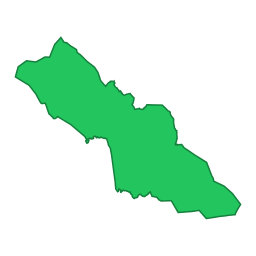 outline of Tolga nor, Hedmark, Norway
{"feature_id": "86288312B77330418137149", "entity_name": "Tolga nor", "entity_type": "district", "adm_level": 2, "iso_a3": "NOR", "parent_name": "Norway", "parent_adm1": "Hedmark", "projection": "albers", "projection_center": [11.024, 62.372], "detail": "fine", "context": "isolated", "style": "filled", "palette": "green", "viewbox_px": 256, "rotation_deg": 0, "n_neighbors": 0, "source": "geoboundaries", "source_scale": "gbopen_adm2", "svg_char_len": 5351}
<svg xmlns="http://www.w3.org/2000/svg" viewBox="0 0 256 256"><path d="M240.6,204.4L232.4,193.5L224.2,186.2L213.8,181.2L213.1,178.1L211.7,175.7L206.6,162.4L194.4,154.8L191.7,152.9L184.1,147.8L181.7,144.5L176.2,144.9L176.7,144.2L176.3,144.1L175.8,144.2L175.5,144.2L175.4,144.1L175.5,143.8L175.4,143.7L175.6,143.3L175.7,142.9L175.9,142.4L176.1,142.2L176.3,141.8L176.4,141.3L176.5,140.6L176.5,140.3L176.7,139.9L176.9,139.5L177.0,139.0L176.8,138.7L177.1,138.3L177.0,137.9L177.1,136.7L176.9,135.5L176.8,135.0L176.7,134.8L176.8,133.6L176.6,133.4L176.8,133.0L176.9,132.7L176.6,132.1L176.8,131.0L176.8,130.7L176.4,130.7L176.0,130.3L175.9,130.2L175.6,130.0L175.4,129.2L174.9,128.5L174.6,128.3L173.6,123.0L173.6,118.9L170.9,115.5L170.3,113.8L170.1,112.0L168.8,111.1L168.0,110.9L166.2,108.9L162.2,105.1L151.0,104.9L146.9,104.7L146.5,105.3L146.4,105.5L146.3,105.8L146.3,106.0L146.0,106.4L145.6,106.7L145.5,106.9L145.2,107.3L144.9,107.3L144.8,107.5L144.6,107.5L144.2,108.0L143.8,108.1L143.8,108.4L143.6,108.8L143.4,108.8L143.3,109.2L143.0,109.3L142.7,109.5L141.8,109.3L141.6,109.2L141.0,109.3L140.6,109.1L140.2,109.1L139.9,108.8L139.6,108.7L139.4,108.3L138.7,108.6L134.8,109.4L134.6,109.0L134.6,108.8L134.2,107.8L134.0,107.3L133.5,106.5L133.3,106.3L132.6,105.2L132.1,104.6L132.4,104.0L133.0,103.2L133.1,102.7L133.4,101.7L133.3,101.3L133.4,100.9L133.5,100.7L133.8,100.2L133.8,99.8L133.8,99.4L134.0,98.3L134.1,98.1L130.5,94.2L130.1,93.5L126.4,94.3L124.4,95.3L122.5,94.3L122.3,93.6L122.3,93.3L122.0,93.2L121.9,93.5L121.6,93.3L121.3,92.8L121.4,92.6L121.0,92.1L121.0,91.9L120.9,91.8L120.9,91.7L120.7,91.7L120.6,91.4L120.5,91.0L120.1,91.2L120.1,91.3L119.7,91.6L119.0,91.5L119.0,90.6L118.3,89.7L117.8,89.6L117.2,88.2L116.9,87.9L116.3,87.7L115.9,87.5L115.5,87.0L115.3,86.9L115.2,86.7L115.0,86.4L114.9,86.3L114.7,86.1L114.7,85.9L114.4,85.6L114.4,85.4L114.2,85.1L114.3,84.9L114.3,84.7L114.2,84.5L114.1,84.1L114.4,83.9L114.6,83.6L114.7,83.3L114.9,83.1L114.8,82.9L114.6,82.7L114.2,82.5L114.1,82.3L114.0,82.1L114.1,81.9L114.1,81.7L114.1,81.4L113.9,81.6L113.8,81.4L113.5,81.5L113.3,81.3L113.0,81.2L112.6,81.3L111.9,81.3L111.3,81.3L110.9,81.2L110.1,81.5L110.0,81.9L110.1,82.1L109.5,82.2L108.6,82.7L108.2,83.2L106.8,84.8L106.7,85.1L105.9,85.6L105.7,86.2L104.2,84.8L103.7,84.2L101.5,81.7L100.9,81.1L100.3,79.6L99.9,78.6L99.7,77.5L97.9,72.4L94.5,67.2L87.0,61.4L80.6,55.0L77.1,52.4L76.5,49.6L70.4,45.8L69.0,44.7L66.7,42.7L64.1,42.4L64.0,42.2L60.9,37.5L55.5,43.6L54.8,44.2L49.6,57.2L45.0,57.0L35.9,62.0L26.5,60.8L18.2,66.8L15.4,76.9L29.1,85.3L35.8,93.9L40.0,101.6L40.4,102.3L40.7,102.8L41.3,103.3L41.8,103.5L42.5,103.5L45.4,103.3L48.9,113.7L52.6,117.2L52.9,117.3L52.9,117.8L53.4,118.2L53.6,118.6L55.1,118.6L55.5,118.3L56.3,117.9L56.5,117.6L56.9,117.4L57.0,117.0L57.6,116.6L70.7,124.5L85.2,136.8L85.2,137.0L85.3,137.2L85.3,137.4L85.4,137.5L85.7,138.2L86.3,138.7L86.6,138.8L86.8,139.1L87.0,139.1L86.7,139.7L86.7,139.9L86.4,139.8L86.2,140.3L85.8,140.7L85.9,141.1L85.9,141.4L86.2,141.7L86.3,142.3L86.6,142.7L86.7,143.0L86.9,143.2L87.0,143.1L87.4,142.9L87.7,142.9L88.2,142.5L88.3,142.2L88.9,140.4L88.2,139.8L89.2,138.8L89.1,138.6L89.4,138.5L89.3,138.3L89.4,138.1L89.8,138.1L90.4,138.5L90.7,138.5L90.9,138.5L91.0,138.9L91.1,139.0L91.3,138.9L91.4,138.7L91.8,138.9L92.0,138.7L91.9,138.6L92.0,138.5L92.4,138.3L92.9,138.4L92.9,138.5L92.9,138.8L93.0,138.8L93.1,138.7L93.5,138.2L93.2,137.9L93.4,137.5L93.4,137.1L94.0,136.3L94.4,136.5L94.9,136.3L95.4,136.4L95.6,136.5L95.9,137.0L96.1,137.3L96.3,137.7L96.6,137.8L96.9,137.6L97.0,137.5L97.1,137.0L97.4,136.8L97.7,137.2L97.9,137.4L98.1,137.7L98.7,137.6L99.3,137.9L99.6,137.8L99.8,137.6L100.2,137.7L100.6,137.4L100.8,137.3L101.1,137.1L101.3,137.4L101.6,137.4L102.0,137.6L102.3,137.6L103.0,138.1L104.1,138.2L104.4,138.4L104.6,138.2L104.9,138.1L105.7,138.2L105.9,138.4L106.1,138.5L106.4,138.9L106.4,139.0L106.6,139.0L106.9,139.2L106.9,139.3L108.3,144.0L108.3,144.8L110.3,148.1L111.6,155.1L115.2,182.1L115.6,187.2L115.7,188.8L117.6,191.7L118.4,191.4L118.9,188.9L119.8,189.4L120.2,189.8L120.5,190.1L120.4,190.4L120.6,190.6L120.6,190.8L120.7,191.0L120.8,191.4L120.8,191.5L120.7,191.9L120.7,192.2L121.0,192.3L121.4,191.9L121.7,191.4L122.1,191.3L122.2,191.2L122.2,190.6L122.3,190.4L122.7,190.5L123.1,190.3L123.9,190.5L124.2,190.8L124.6,190.7L125.1,190.5L126.3,190.8L126.6,190.9L126.7,191.1L127.4,191.3L127.8,191.3L128.0,191.4L128.1,191.6L128.3,191.7L128.9,191.9L129.2,192.2L129.5,192.2L129.8,192.0L130.0,192.0L130.3,192.2L130.3,192.3L130.4,193.2L130.6,193.8L131.5,194.4L132.1,194.9L132.1,195.1L132.1,195.8L132.7,197.3L134.2,198.5L134.6,198.4L135.0,198.0L135.2,197.8L136.0,197.8L136.4,197.6L136.8,197.6L137.0,197.5L137.2,197.2L137.5,197.2L137.6,196.7L138.0,196.0L138.3,195.8L138.4,195.4L138.8,194.9L139.2,194.7L139.4,194.4L139.6,194.3L140.1,194.5L140.2,194.4L140.5,194.5L140.7,194.4L141.0,194.8L141.4,195.2L141.5,195.4L142.3,196.1L143.1,196.3L143.7,196.5L144.0,196.4L144.4,196.5L144.7,196.3L145.0,196.4L145.6,195.9L145.9,195.5L146.4,195.2L146.6,194.9L146.8,194.8L147.2,194.9L147.6,194.6L147.9,194.4L148.0,194.1L148.6,193.6L148.4,193.3L148.5,193.1L148.9,193.0L149.6,192.6L149.7,192.3L150.2,191.9L152.0,196.3L156.8,197.2L158.9,199.8L161.1,201.0L171.3,200.7L178.2,212.5L191.5,211.5L199.2,210.4L206.3,218.5L216.9,216.9L218.7,216.5L225.6,215.8L229.1,215.2L235.1,214.7L235.4,213.6L237.4,209.6L240.6,204.4Z" fill="#22c55e" stroke="#15803d" stroke-width="1.5"/></svg>